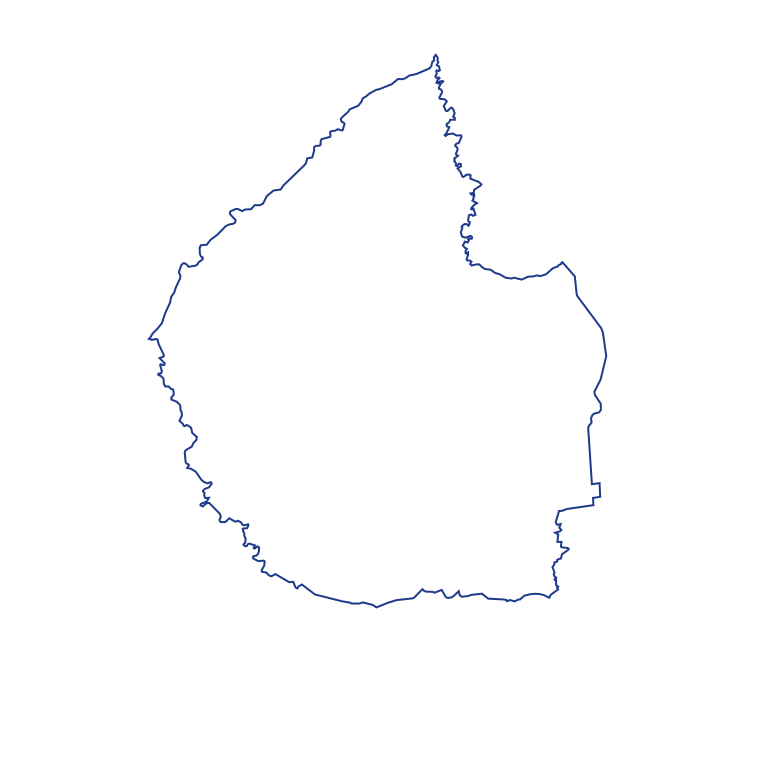 Makueni, Eastern, Kenya, rotated 242°
{"feature_id": "3690345B23299491685856", "entity_name": "Makueni", "entity_type": "district", "adm_level": 2, "iso_a3": "KEN", "parent_name": "Kenya", "parent_adm1": "Eastern", "projection": "robinson", "projection_center": [37.731, -1.955], "detail": "fine", "context": "isolated", "style": "outline", "palette": "blue", "viewbox_px": 768, "rotation_deg": 242, "n_neighbors": 0, "source": "geoboundaries", "source_scale": "gbopen_adm2", "svg_char_len": 6166}
<svg xmlns="http://www.w3.org/2000/svg" viewBox="0 0 768 768"><g transform="rotate(242 384 384)"><path d="M181.3,308.6L181.2,310.3L184.8,321.6L182.3,322.4L180.8,323.8L177.6,329.5L176.0,330.6L175.1,338.3L167.0,338.5L165.3,339.6L164.0,342.9L164.0,345.7L166.0,352.8L162.3,351.7L159.6,352.8L157.1,359.3L157.0,361.6L152.9,372.0L145.5,375.3L137.7,388.3L135.7,390.8L134.4,390.7L134.0,394.0L130.8,397.2L130.6,401.3L129.9,402.9L131.2,408.4L129.9,413.9L127.8,419.0L125.3,423.0L122.5,426.1L117.7,429.6L119.6,432.3L120.9,441.3L123.1,441.2L123.3,442.6L125.9,441.6L129.7,443.8L130.5,442.9L131.6,443.0L131.9,443.7L131.4,444.4L131.9,445.1L134.7,444.2L136.3,444.5L137.4,446.0L143.2,446.8L144.8,449.8L146.5,450.8L145.9,452.7L146.3,454.0L147.3,454.3L147.5,455.7L146.8,458.2L150.1,461.3L151.2,469.3L151.9,469.7L153.1,469.0L156.4,464.2L157.4,463.8L161.2,466.6L163.2,463.0L169.4,467.2L172.3,465.4L171.3,470.3L171.8,472.1L174.8,471.3L177.4,474.2L178.3,470.8L181.3,470.7L189.7,478.9L188.5,481.4L187.6,487.3L178.7,512.0L185.3,515.1L182.9,521.9L195.3,527.8L197.9,520.5L249.2,543.6L250.7,544.9L252.4,549.1L256.7,550.8L258.8,553.6L259.2,555.6L258.0,560.5L259.2,563.3L264.9,566.1L275.1,565.1L278.3,566.0L286.3,577.4L304.2,593.3L326.6,601.4L331.2,602.0L370.7,596.0L372.9,596.3L389.5,603.0L407.8,598.7L407.6,597.4L406.7,596.6L407.0,594.5L406.3,592.3L406.9,587.3L404.8,578.7L405.8,573.0L408.2,569.7L408.9,566.2L411.1,561.8L411.5,554.7L416.7,548.8L417.3,546.1L420.7,541.3L426.4,537.8L430.1,534.1L434.9,531.8L438.0,527.2L441.7,525.2L444.7,524.4L445.9,522.6L447.6,516.9L449.5,516.4L450.8,518.6L452.6,517.8L454.1,515.5L455.0,515.3L459.1,519.2L460.8,520.0L460.5,517.9L461.3,517.5L463.2,518.5L464.5,520.7L466.4,519.3L469.4,518.8L471.7,522.3L469.7,524.1L470.7,526.1L472.1,526.1L472.6,526.9L471.1,529.6L472.3,530.8L474.2,529.9L474.8,525.0L477.2,522.3L481.6,522.8L485.1,526.5L486.0,526.1L486.8,527.0L487.4,530.2L486.0,532.5L484.1,532.8L484.6,533.9L486.5,535.8L488.3,534.9L489.5,535.5L493.1,538.2L492.8,540.4L490.7,541.6L490.5,544.2L496.7,545.3L496.8,543.6L497.4,543.1L498.4,543.8L499.9,548.3L500.0,551.0L504.4,548.2L505.6,550.1L507.3,550.9L507.6,552.1L509.2,552.6L509.9,550.3L511.6,549.9L510.7,552.9L513.2,554.9L513.9,562.7L514.6,563.7L517.8,562.6L524.9,556.6L527.5,558.4L528.4,558.3L530.1,555.2L529.5,551.3L530.7,550.5L534.9,551.1L539.8,550.2L540.0,554.1L542.1,555.1L543.4,553.7L541.9,551.0L543.1,550.0L545.3,551.3L547.6,550.6L548.3,551.5L550.1,551.9L550.8,556.5L552.7,555.4L553.6,555.6L556.1,558.8L557.5,559.5L559.1,559.5L560.7,558.6L561.4,559.0L562.2,560.8L561.7,563.2L565.5,568.2L567.3,568.9L569.3,564.8L572.9,562.3L574.5,557.5L574.1,554.8L575.3,554.5L575.7,556.2L579.6,561.7L580.2,562.2L581.9,560.5L584.1,561.2L584.5,564.4L586.2,566.5L584.1,570.6L585.9,571.5L587.5,570.6L589.9,573.5L594.2,574.1L596.2,573.5L596.6,572.6L595.2,568.3L596.2,566.9L601.3,567.2L604.2,572.2L607.1,571.1L609.2,567.6L610.1,567.1L610.8,567.2L614.1,572.0L615.3,572.8L617.2,572.6L618.9,571.2L619.9,571.6L622.4,574.9L623.3,578.3L624.0,578.0L624.9,575.4L624.9,574.5L624.0,574.1L623.8,573.1L625.4,571.8L627.5,574.3L627.9,576.6L628.7,576.5L630.1,573.7L631.6,573.8L633.1,576.2L635.5,576.9L636.2,577.7L634.6,579.3L634.8,580.6L638.5,581.7L640.8,580.3L642.6,583.0L644.5,583.2L646.8,584.5L650.3,584.3L649.1,581.5L646.1,580.0L645.8,577.9L642.4,574.9L641.3,572.2L642.5,558.2L644.5,550.9L643.9,546.0L644.6,543.2L646.7,539.5L645.1,531.6L646.5,518.1L647.4,515.3L647.3,507.2L646.3,503.0L646.3,499.6L643.7,496.3L641.8,491.8L642.6,482.8L641.2,480.2L638.9,471.4L638.1,470.1L635.3,469.8L633.6,471.1L632.2,471.3L627.6,466.8L627.5,466.0L630.7,462.8L630.5,460.1L632.0,455.9L631.6,454.5L628.4,453.4L627.5,452.5L629.5,443.8L628.4,442.3L624.9,440.2L624.7,438.9L626.2,435.5L626.0,433.5L622.7,431.8L617.7,427.0L619.3,422.2L615.6,418.8L614.6,416.6L606.5,388.3L604.2,384.1L606.7,377.2L604.9,368.7L600.0,361.8L600.2,358.2L602.6,353.7L600.8,348.8L601.1,347.7L603.2,343.7L603.3,339.9L606.9,337.3L608.1,335.6L608.5,329.3L607.1,328.0L605.4,328.0L598.4,329.9L596.5,328.4L596.3,326.3L597.5,322.1L597.7,318.4L594.1,307.2L592.7,298.5L590.2,292.8L592.5,287.4L590.7,285.1L585.0,282.4L582.6,282.3L580.7,283.3L579.6,282.8L579.1,281.7L578.5,277.4L577.0,275.0L577.0,273.1L579.2,266.6L582.8,265.6L584.5,264.3L584.8,263.2L584.2,261.0L579.1,255.4L575.3,255.1L573.2,253.8L566.5,245.0L563.3,241.8L560.8,237.0L556.2,233.2L549.2,224.0L542.0,216.5L539.1,209.8L537.3,203.5L534.8,199.6L534.2,197.6L532.0,199.8L530.5,204.3L529.6,204.9L524.7,203.7L513.1,203.2L512.0,202.7L511.8,201.7L512.2,198.0L505.1,200.1L504.0,198.9L504.3,197.8L506.2,196.3L506.0,195.3L499.4,193.8L498.2,192.3L498.9,189.6L497.9,189.0L495.9,190.7L492.5,191.9L487.6,189.7L484.5,189.7L483.0,192.6L479.7,193.7L478.1,195.3L474.1,193.8L473.1,193.0L471.8,189.8L470.0,189.0L465.8,192.6L462.0,193.9L460.3,193.9L456.5,192.1L453.7,192.0L450.8,190.6L447.6,186.1L443.4,187.6L441.2,187.5L440.4,188.2L440.5,190.6L436.9,192.8L435.7,193.1L431.0,191.7L424.9,193.9L422.5,191.7L421.4,188.1L418.9,184.8L418.7,178.4L418.2,177.0L416.9,175.8L408.2,172.2L406.7,172.3L404.5,173.8L403.7,173.5L402.3,170.8L399.9,173.7L394.6,176.7L385.5,177.7L382.1,178.9L379.1,181.6L378.7,184.8L377.8,185.3L376.8,185.0L374.9,180.9L375.5,176.7L374.8,174.3L374.1,173.7L372.0,174.4L369.9,172.8L367.2,172.6L365.7,176.0L363.5,172.2L364.1,166.6L363.9,165.5L362.9,165.0L361.0,166.6L362.0,170.9L361.1,173.8L346.6,178.1L343.4,177.6L341.2,174.9L339.4,174.7L338.5,175.3L336.6,179.1L338.1,184.3L332.7,187.7L332.0,188.7L331.9,190.7L329.1,192.8L326.6,192.9L325.0,193.7L323.9,198.2L323.1,198.1L321.0,195.5L322.5,191.5L320.0,190.4L317.8,190.6L315.9,189.5L312.1,189.1L309.0,186.8L308.4,184.6L307.2,184.5L305.6,185.9L305.4,186.7L306.5,188.7L306.4,190.0L302.2,194.2L300.3,191.9L299.4,192.7L300.1,196.0L298.4,197.0L295.0,195.0L292.9,192.7L292.4,190.5L293.3,188.0L292.3,186.7L290.8,186.9L286.5,190.0L284.6,194.7L283.4,195.4L279.8,192.9L277.0,188.5L275.6,188.1L272.4,191.8L270.0,192.2L267.8,193.4L267.1,194.5L267.1,198.9L253.6,207.2L252.0,211.0L246.0,210.4L244.2,211.3L245.4,213.6L245.5,217.4L230.6,224.2L211.8,245.0L206.7,251.6L205.6,252.1L201.8,258.9L201.1,262.8L194.2,270.3L190.3,272.5L189.0,284.6L187.3,293.6L181.3,308.6Z" fill="none" stroke="#1e3a8a" stroke-width="2"/></g></svg>